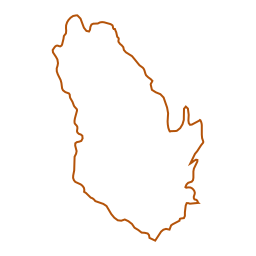 an SVG outline of Phôngsali
{"feature_id": "LAO-3291", "entity_name": "Phôngsali", "entity_type": "Province", "adm_level": 1, "iso_a3": "LAO", "parent_name": "Laos", "parent_adm1": "", "projection": "equal_earth", "projection_center": [102.249, 21.683], "detail": "fine", "context": "isolated", "style": "outline", "palette": "amber", "viewbox_px": 256, "rotation_deg": 0, "n_neighbors": 0, "source": "natural_earth", "source_scale": "10m", "svg_char_len": 2829}
<svg xmlns="http://www.w3.org/2000/svg" viewBox="0 0 256 256"><path d="M77.0,15.4L77.4,15.4L80.5,18.6L83.9,27.7L86.4,30.9L89.0,31.5L90.0,29.7L90.4,26.9L91.5,24.5L93.3,23.7L97.8,23.5L100.0,22.4L102.1,22.1L104.1,22.3L110.5,24.1L111.4,24.6L112.5,25.4L112.9,26.6L113.0,27.8L113.7,29.0L114.9,29.0L115.6,30.9L116.2,32.2L117.2,36.6L117.5,37.1L118.4,37.9L118.7,38.6L118.7,39.3L118.4,40.9L118.5,41.8L120.0,43.9L121.8,45.4L123.3,47.2L123.9,50.0L125.9,52.3L132.1,56.2L139.5,65.3L142.8,67.7L143.7,68.8L144.4,70.3L145.4,73.7L146.1,75.3L148.2,77.3L150.8,79.2L152.4,80.9L151.5,82.7L151.2,83.1L151.0,83.5L150.8,84.0L150.7,84.5L151.9,89.8L155.8,92.3L160.4,94.2L163.6,97.5L167.1,107.6L168.1,113.3L167.6,121.4L167.8,124.5L168.3,127.7L169.0,129.8L169.7,131.3L170.0,131.5L170.4,131.2L175.9,131.0L177.0,130.7L180.2,128.1L182.5,124.3L183.8,119.9L184.0,108.8L185.8,106.6L187.9,108.6L188.7,114.9L188.4,120.5L188.8,123.1L190.0,124.8L191.8,124.6L199.3,120.6L199.9,120.0L200.4,120.3L201.2,122.1L201.6,123.6L201.8,125.2L201.8,134.7L202.1,138.1L203.1,141.1L203.2,141.5L203.3,141.9L203.2,142.3L203.1,142.7L201.1,145.2L197.2,151.2L195.0,153.8L190.3,163.5L191.9,162.5L193.9,160.9L196.0,159.7L197.4,160.0L197.3,161.6L193.9,168.6L193.4,171.4L193.4,177.8L193.0,180.1L191.7,181.7L188.2,182.8L186.5,184.5L185.4,187.1L186.2,187.7L188.1,187.4L190.4,187.5L192.0,188.3L193.3,189.5L194.3,191.0L194.8,192.6L194.7,193.9L193.8,196.6L193.8,198.0L194.5,199.4L195.2,199.6L196.0,199.7L197.1,200.5L198.2,202.8L198.3,202.9L198.2,202.9L189.9,203.7L188.2,203.1L186.7,203.1L185.7,205.6L184.9,212.2L184.9,215.9L183.9,218.1L180.9,218.5L180.0,218.8L179.6,219.9L179.5,220.7L172.6,224.3L171.1,225.4L169.5,229.6L166.0,228.9L163.4,229.7L161.1,231.6L155.2,240.6L149.5,237.9L149.0,235.1L147.7,233.5L144.7,232.8L141.6,232.6L138.3,230.0L134.5,227.7L132.0,224.0L128.4,221.2L124.8,219.5L121.3,220.7L117.8,220.3L114.3,217.7L111.3,214.1L106.5,206.0L103.3,203.9L95.3,201.1L94.1,199.6L92.5,198.3L90.7,197.6L86.0,193.0L84.1,191.8L84.2,191.4L84.3,189.9L84.0,188.1L83.1,186.6L82.0,185.4L80.7,184.4L75.3,181.9L73.9,180.2L73.1,177.9L73.2,175.5L74.2,170.4L74.6,156.7L76.1,153.7L76.6,151.1L75.2,145.6L75.3,143.3L76.9,142.1L79.1,141.7L81.3,140.9L82.6,138.4L82.3,135.7L80.8,134.5L78.9,133.9L77.4,132.5L77.0,131.1L77.4,128.2L77.3,126.8L76.7,125.7L75.0,123.8L74.6,123.0L74.5,120.9L74.9,118.4L77.0,110.7L76.9,109.3L74.3,106.4L73.8,105.4L72.5,101.9L70.2,97.9L69.9,96.7L69.8,95.7L69.7,94.6L68.9,93.4L65.3,92.1L63.0,90.3L62.1,88.4L61.4,82.9L60.6,80.0L57.8,74.3L56.8,71.4L56.7,68.4L57.5,65.9L58.0,63.2L57.4,59.5L56.1,57.1L53.0,52.4L52.7,50.0L54.4,47.5L55.3,46.4L56.4,45.7L57.7,45.6L58.9,46.1L60.2,46.4L61.5,45.6L62.1,44.5L63.5,38.8L63.8,36.6L63.9,36.0L65.7,33.7L65.9,33.5L66.2,30.8L66.0,28.1L66.1,25.3L67.1,22.3L68.5,20.0L70.6,17.7L73.1,16.0L76.1,15.4L77.0,15.4Z" fill="none" stroke="#b45309" stroke-width="2"/></svg>